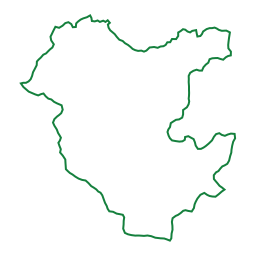 outline of Vargem Bonita, Minas Gerais, Brazil
{"feature_id": "56859067B90088641523140", "entity_name": "Vargem Bonita", "entity_type": "district", "adm_level": 2, "iso_a3": "BRA", "parent_name": "Brazil", "parent_adm1": "Minas Gerais", "projection": "robinson", "projection_center": [-46.322, -20.439], "detail": "fine", "context": "isolated", "style": "outline", "palette": "green", "viewbox_px": 256, "rotation_deg": 0, "n_neighbors": 0, "source": "geoboundaries", "source_scale": "gbopen_adm2", "svg_char_len": 3347}
<svg xmlns="http://www.w3.org/2000/svg" viewBox="0 0 256 256"><path d="M224.5,189.6L222.1,187.6L219.5,185.8L217.5,183.3L215.6,181.1L213.9,179.0L213.8,175.2L216.1,172.3L218.4,171.1L220.3,168.6L222.3,166.4L224.6,165.4L227.3,163.8L229.1,160.6L230.2,156.0L231.3,152.6L231.5,149.8L232.2,145.7L233.2,141.7L235.1,138.3L234.6,133.9L230.9,133.6L227.8,134.5L224.9,135.8L221.8,134.9L219.3,133.2L216.1,134.1L214.0,136.7L212.0,140.4L208.7,143.6L205.7,146.1L203.5,147.6L200.9,148.9L197.9,148.9L195.7,145.6L194.9,142.3L193.6,139.1L190.8,137.6L188.3,136.2L185.1,137.0L184.8,139.8L182.5,141.3L179.4,141.6L175.8,141.1L172.0,140.4L169.9,138.2L168.6,135.6L167.5,132.0L168.3,129.5L170.0,127.1L170.8,123.1L173.4,121.4L176.0,119.8L179.1,119.4L182.2,117.6L183.1,114.4L183.1,110.0L186.9,107.3L188.6,104.3L189.2,101.4L188.7,98.7L189.0,95.8L189.1,92.9L189.0,89.9L189.0,86.3L188.7,82.1L188.8,79.1L188.7,75.9L190.2,72.8L193.4,70.8L196.6,69.7L199.3,70.6L202.0,70.6L203.5,67.2L205.8,64.6L208.3,62.7L209.6,59.2L212.3,58.3L215.1,58.1L217.6,58.0L220.2,58.9L223.2,59.7L225.8,57.3L228.1,56.0L230.8,55.4L230.9,51.6L228.4,48.4L228.2,45.0L228.5,42.0L229.0,38.1L229.9,32.4L226.3,30.6L221.8,30.8L218.9,29.9L216.7,28.5L214.6,27.6L212.2,28.1L209.7,28.1L206.6,29.1L203.1,31.5L202.0,34.0L200.4,36.0L197.4,36.5L196.7,33.4L196.1,30.1L192.2,30.9L190.1,32.4L187.5,31.5L185.3,29.7L183.0,29.2L180.6,31.1L178.2,32.5L178.2,36.0L176.1,39.1L172.0,39.0L170.2,42.2L167.3,42.3L165.7,44.9L163.5,46.2L160.5,46.5L157.7,47.8L154.1,47.0L149.6,47.5L146.4,50.6L144.0,51.6L141.3,50.6L138.1,50.9L135.1,50.1L132.6,48.9L130.7,47.1L128.1,45.0L125.0,43.2L122.7,41.0L119.3,39.7L116.8,36.9L114.7,34.1L112.7,32.4L110.2,30.3L108.6,27.7L107.9,24.5L109.8,22.8L107.7,20.3L105.5,21.9L103.2,20.7L99.9,21.9L97.6,20.5L94.8,21.4L91.9,21.0L91.4,17.9L90.1,15.4L87.0,17.2L83.2,18.4L80.6,19.6L78.0,21.6L76.2,23.4L75.8,27.0L72.8,27.2L71.3,24.1L68.4,22.2L65.3,23.1L62.6,25.7L59.1,27.8L55.4,26.8L53.3,30.9L51.8,34.1L50.5,36.7L51.2,40.4L53.8,44.3L52.4,47.5L50.0,49.4L48.0,51.4L46.1,53.4L43.3,54.7L40.8,57.6L38.6,59.6L36.9,61.5L36.7,65.2L34.7,69.1L33.0,72.3L32.1,75.9L30.7,79.2L28.6,81.4L26.0,82.8L23.2,82.8L20.9,83.4L23.4,87.0L26.4,89.6L28.7,91.6L31.7,92.9L35.2,94.4L38.2,95.4L41.1,94.1L43.5,93.5L45.7,96.3L48.3,98.6L51.4,99.5L54.0,101.8L57.1,103.4L61.6,105.3L62.7,109.7L61.2,113.2L59.0,115.1L57.1,116.5L54.4,119.1L53.0,122.6L54.4,125.7L56.8,129.5L58.1,133.0L59.6,135.4L60.9,137.7L59.9,140.5L58.4,142.8L59.5,146.0L60.8,149.2L60.1,152.5L62.7,155.5L65.3,159.5L65.5,163.2L65.7,166.0L65.9,169.2L67.9,171.2L69.9,173.0L72.5,174.5L75.3,176.6L78.6,178.6L82.1,179.9L85.6,180.5L88.3,182.9L91.2,186.1L93.7,187.6L96.3,189.4L98.2,191.5L100.5,192.7L102.3,195.3L103.7,199.2L105.0,202.8L106.7,205.9L107.6,208.7L109.3,211.3L113.1,211.8L116.6,213.6L119.9,214.2L122.8,214.8L124.2,217.4L123.7,220.9L123.6,224.5L123.2,228.7L124.9,232.9L128.0,234.3L131.4,235.1L135.2,235.6L138.5,235.5L141.4,235.7L144.0,235.9L147.5,235.5L151.3,236.2L155.3,237.7L160.5,238.3L164.2,238.5L166.6,239.3L169.9,240.6L171.3,238.4L171.6,233.6L172.5,229.8L172.4,225.8L171.9,221.9L172.6,218.2L175.7,215.9L178.0,214.9L180.6,213.1L183.2,210.8L185.5,210.2L188.1,210.9L191.7,211.5L193.9,208.1L194.6,204.4L195.7,201.8L197.4,198.6L200.4,194.8L204.3,192.9L207.2,194.9L209.6,196.0L212.3,196.5L215.5,196.7L218.6,194.3L221.8,191.5L224.5,189.6Z" fill="none" stroke="#15803d" stroke-width="2"/></svg>